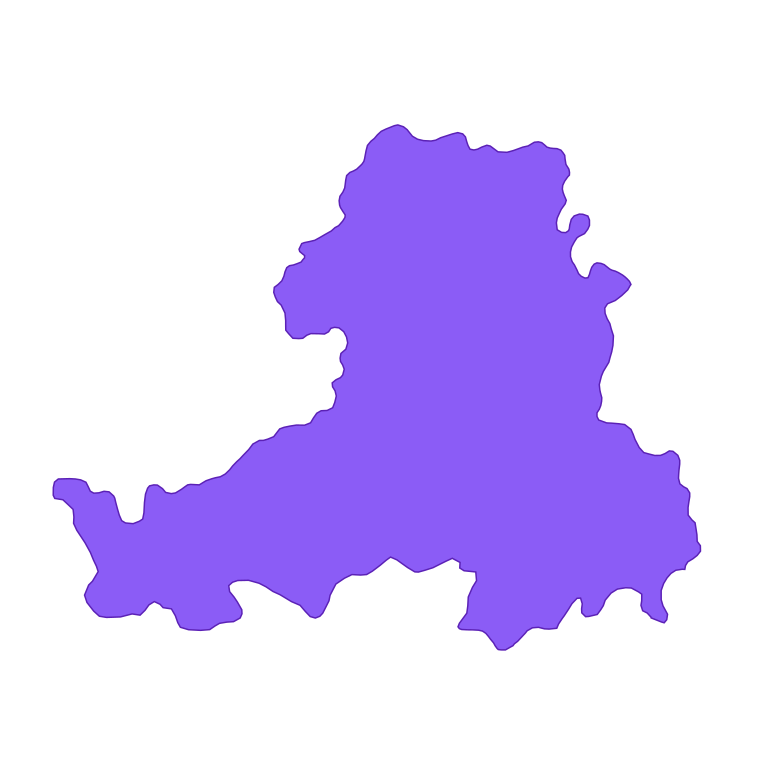 Chashniki, Vitebsk, Belarus, rotated 3°
{"feature_id": "67162791B63587233546026", "entity_name": "Chashniki", "entity_type": "district", "adm_level": 2, "iso_a3": "BLR", "parent_name": "Belarus", "parent_adm1": "Vitebsk", "projection": "mercator", "projection_center": [29.143, 54.768], "detail": "fine", "context": "isolated", "style": "filled", "palette": "violet", "viewbox_px": 768, "rotation_deg": 3, "n_neighbors": 0, "source": "geoboundaries", "source_scale": "gbopen_adm2", "svg_char_len": 6122}
<svg xmlns="http://www.w3.org/2000/svg" viewBox="0 0 768 768"><g transform="rotate(3 384 384)"><path d="M384.4,124.6L384.1,124.6L380.8,125.5L372.6,129.3L368.0,131.8L364.4,135.5L361.5,139.3L358.2,142.3L355.0,146.6L353.9,151.9L353.3,156.4L352.8,160.2L352.2,162.8L350.4,165.7L345.5,170.9L342.3,172.9L338.9,174.5L335.8,177.8L335.1,182.4L334.8,186.8L334.5,190.3L332.9,194.5L330.2,198.8L329.6,203.3L330.3,207.7L331.3,210.1L333.8,213.7L336.4,217.2L336.3,219.7L334.2,223.5L330.4,228.3L326.9,230.4L323.4,233.9L317.4,237.7L312.7,240.8L307.4,244.1L302.0,245.7L297.0,247.0L294.5,248.1L292.1,253.8L292.9,256.1L295.5,258.1L298.0,259.9L298.0,262.3L296.6,263.9L294.8,266.6L290.9,268.4L287.3,269.9L283.4,270.8L280.8,272.9L279.3,277.1L278.4,281.6L276.6,286.3L273.0,290.2L269.4,293.2L269.1,298.3L270.9,302.8L273.3,307.3L277.2,310.6L279.0,313.9L281.4,318.3L282.5,325.8L282.8,331.2L283.1,335.4L286.1,338.7L290.6,343.1L296.6,343.1L300.5,342.6L304.4,339.3L308.3,337.5L316.9,337.2L322.0,337.2L325.9,334.8L328.0,331.2L331.6,330.0L336.1,330.3L341.1,333.9L344.1,339.0L345.6,344.9L344.1,351.2L339.4,355.7L338.8,360.5L339.4,363.8L341.7,367.1L343.5,371.3L342.3,377.2L340.2,379.9L335.8,382.3L332.2,385.6L332.8,389.5L335.5,393.4L337.0,398.5L335.8,405.0L334.0,410.4L328.6,413.4L322.6,414.0L318.4,416.7L315.4,421.5L312.7,426.6L306.8,429.3L298.7,429.6L292.1,431.0L286.4,432.5L282.2,434.3L279.3,438.5L276.6,442.4L270.9,445.1L266.7,446.6L262.5,446.9L256.2,450.8L252.4,456.5L247.0,462.7L244.0,466.3L241.0,469.3L237.1,473.8L234.4,477.7L230.2,482.2L225.4,485.2L220.7,486.4L217.1,487.6L211.4,489.9L208.7,491.7L204.8,494.4L200.3,494.4L196.1,494.4L193.2,495.0L190.5,497.1L187.2,499.8L181.5,503.7L177.3,504.6L171.6,503.7L168.3,500.1L163.0,496.8L159.4,496.8L155.2,498.0L153.4,500.4L151.6,506.4L151.0,514.8L151.0,520.4L151.0,525.2L150.1,531.5L146.8,533.9L140.8,536.6L133.1,536.3L129.2,534.2L126.5,528.8L124.4,522.8L122.3,516.3L121.1,512.1L119.9,510.0L115.1,506.1L110.0,505.8L105.0,507.6L99.9,508.2L96.3,506.4L93.9,501.9L91.5,497.7L86.1,495.6L80.7,495.0L75.1,495.0L63.7,495.9L60.1,499.2L59.2,504.6L59.5,512.4L61.2,515.5L69.4,516.4L75.0,521.1L80.1,525.5L81.3,533.1L81.3,539.4L84.9,546.2L93.7,558.1L99.6,567.6L103.2,575.2L106.4,581.1L108.4,586.3L103.2,596.2L99.6,600.2L96.0,610.5L98.8,617.7L106.0,626.0L111.9,630.8L119.1,631.6L133.0,630.4L144.5,626.8L152.5,627.6L157.2,622.5L160.8,616.9L166.0,613.3L171.9,615.7L175.1,618.9L183.5,619.7L187.8,626.4L190.6,633.2L193.4,637.6L201.7,639.6L213.7,639.6L222.8,638.4L228.0,634.4L232.3,631.6L237.3,630.5L239.5,630.0L246.2,629.2L252.6,625.2L254.2,620.9L253.8,616.9L249.0,609.4L245.4,604.6L240.7,599.4L239.5,593.5L243.1,589.9L248.2,587.9L259.0,587.1L269.7,589.5L276.8,592.7L284.0,597.0L291.1,599.8L303.1,606.2L311.8,609.4L317.4,615.3L322.5,620.1L327.7,621.3L332.1,619.3L334.8,616.1L337.6,609.8L340.4,603.4L341.2,597.8L346.4,586.3L354.7,580.0L361.9,576.0L370.6,576.0L376.6,575.2L382.1,571.6L389.7,565.2L395.6,559.7L399.6,556.5L406.0,558.9L417.1,566.0L424.6,570.0L428.2,570.0L434.2,568.0L442.5,564.9L448.1,561.7L455.2,557.7L461.3,554.5L469.3,558.2L469.3,563.8L473.7,566.3L485.5,566.9L486.7,575.6L483.0,582.4L479.3,592.3L479.3,601.0L478.7,608.5L471.8,619.0L470.6,622.6L472.1,624.4L474.4,625.1L480.3,625.1L485.1,624.9L491.4,624.9L495.3,625.6L498.8,627.7L501.4,630.5L503.9,633.5L507.0,636.8L508.7,639.6L510.8,642.2L512.0,643.2L514.6,643.4L519.2,643.2L524.0,640.1L526.5,638.6L527.8,636.6L530.9,634.0L538.3,625.2L539.9,622.9L545.0,619.7L551.0,618.9L557.0,620.1L561.7,620.1L569.3,618.9L570.9,614.5L574.4,608.6L576.0,606.2L580.0,599.4L583.2,593.5L588.0,587.9L591.5,587.5L593.5,593.1L593.1,598.2L593.5,602.2L597.5,605.8L600.7,605.4L609.0,603.0L612.2,598.2L614.6,593.9L616.2,588.3L621.7,580.9L627.8,576.6L636.1,574.8L641.7,574.8L649.1,578.3L652.4,580.4L652.7,587.0L652.2,591.6L654.2,596.9L658.8,598.9L662.8,602.8L663.0,603.6L673.7,607.2L676.3,607.8L678.7,604.6L679.2,599.1L674.2,590.9L672.1,584.9L671.6,575.7L673.7,568.6L676.8,562.8L680.5,558.1L685.2,554.7L691.5,553.4L694.1,553.4L694.6,549.5L696.7,545.7L701.7,542.3L705.7,538.8L708.8,534.4L708.4,528.9L705.0,524.8L704.4,518.3L703.2,512.4L701.9,506.3L698.6,503.6L694.6,499.0L694.1,491.5L694.6,486.0L695.2,480.6L695.0,476.8L692.1,472.6L688.5,470.9L684.7,468.2L683.0,462.7L683.0,458.4L683.1,454.4L683.5,448.5L683.3,444.7L681.2,439.9L676.1,436.1L672.4,435.9L668.4,438.7L664.0,440.8L658.1,441.2L651.6,439.9L647.0,438.9L642.2,434.1L637.6,426.3L635.5,421.3L633.0,416.4L626.5,411.9L620.6,411.4L613.7,411.2L608.3,411.2L600.3,408.7L598.4,405.3L598.2,401.6L600.3,398.0L601.6,394.2L602.2,389.9L602.2,386.3L600.7,381.7L599.9,378.8L599.0,373.3L600.7,364.7L602.4,359.9L604.1,356.7L607.4,350.5L608.3,345.9L609.7,340.0L610.6,333.5L610.6,327.9L610.6,323.9L607.9,316.7L606.4,311.9L603.4,307.1L601.1,301.9L600.5,296.6L603.0,292.2L610.6,288.5L616.8,283.2L622.5,277.2L624.8,272.5L625.4,271.8L625.0,270.9L623.7,268.6L621.3,266.3L619.0,264.4L616.5,262.7L612.3,260.5L609.1,259.2L605.6,258.4L603.4,257.4L600.2,255.1L597.7,253.3L594.4,252.2L590.3,251.9L587.6,253.3L585.4,256.5L584.3,260.0L583.4,263.9L582.1,267.2L579.1,267.7L575.3,266.1L572.5,263.6L570.7,260.0L569.1,257.2L567.9,255.1L565.7,252.3L565.1,251.1L563.6,247.2L563.3,242.4L564.2,237.3L566.6,232.2L569.0,228.0L570.8,226.5L576.4,223.3L579.4,218.8L580.9,214.9L580.6,209.5L578.8,205.6L573.7,204.1L570.2,204.1L565.1,206.2L562.4,209.8L561.2,215.5L560.9,219.4L560.3,221.2L557.6,223.3L553.4,223.3L548.9,220.9L547.7,214.0L548.3,209.2L550.4,203.8L551.9,200.2L555.5,194.6L556.4,191.0L554.2,186.5L552.8,183.3L551.9,180.0L552.1,176.2L553.8,172.0L556.7,167.4L558.2,165.7L558.2,163.0L557.4,159.8L554.2,155.2L553.0,149.6L552.5,146.2L550.5,143.5L548.4,141.2L544.4,139.9L540.8,139.9L537.5,139.7L534.3,138.9L532.0,137.0L528.9,134.7L525.5,134.1L521.5,134.7L519.5,136.0L515.5,138.7L510.2,140.2L506.0,142.0L501.0,144.1L494.7,146.2L485.7,146.2L480.5,142.7L477.6,140.8L474.2,140.2L469.2,142.3L465.2,144.6L461.6,145.6L457.6,145.0L455.4,141.4L453.9,137.6L452.4,133.0L449.5,130.1L444.5,129.1L439.2,130.7L427.7,135.1L422.9,137.8L418.3,138.9L410.7,138.9L404.7,137.8L399.4,135.1L395.9,131.2L393.8,128.8L390.0,126.1L384.4,124.6Z" fill="#8b5cf6" stroke="#5b21b6" stroke-width="1.5"/></g></svg>